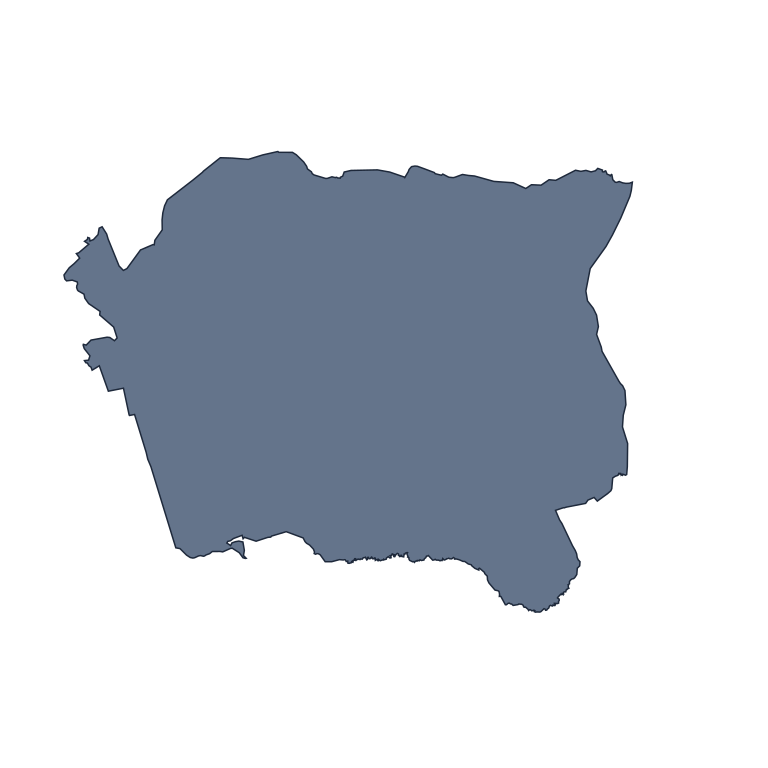 outline of Gaiķu pag., Brocenu, Latvia, rotated 77°
{"feature_id": "27541924B40393158953955", "entity_name": "Gaiķu pag.", "entity_type": "district", "adm_level": 2, "iso_a3": "LVA", "parent_name": "Latvia", "parent_adm1": "Brocenu", "projection": "mercator", "projection_center": [22.579, 56.793], "detail": "fine", "context": "isolated", "style": "filled", "palette": "slate", "viewbox_px": 768, "rotation_deg": 77, "n_neighbors": 0, "source": "geoboundaries", "source_scale": "gbopen_adm2", "svg_char_len": 6167}
<svg xmlns="http://www.w3.org/2000/svg" viewBox="0 0 768 768"><g transform="rotate(77 384 384)"><path d="M218.8,149.3L224.2,170.8L222.1,177.2L225.6,186.2L223.0,195.5L225.4,201.9L217.0,212.8L211.3,231.4L201.7,249.0L199.8,254.8L197.5,260.4L198.5,268.4L198.5,270.1L197.1,274.3L192.7,279.5L193.5,281.1L190.6,286.8L189.3,287.4L183.5,296.1L179.4,302.4L178.6,304.8L178.4,308.0L178.7,308.7L180.6,311.3L182.6,312.6L187.2,317.0L186.9,317.0L186.9,317.7L178.8,330.7L173.9,342.2L168.5,368.1L168.5,375.1L172.2,377.5L172.7,379.9L173.6,380.4L172.7,383.0L172.0,383.5L171.8,384.2L172.0,384.9L170.4,388.1L170.9,393.0L170.6,394.6L164.6,405.1L162.9,406.6L160.9,407.0L157.2,410.2L154.5,410.4L149.6,412.3L140.9,417.9L137.7,421.1L134.6,434.4L133.6,435.1L133.5,450.5L134.6,465.6L129.7,481.2L126.7,492.6L136.0,512.1L136.9,513.3L142.4,524.5L155.8,553.6L161.0,557.7L167.5,561.0L174.1,563.3L183.9,565.4L192.4,574.9L196.7,576.6L196.2,577.7L198.6,591.1L213.7,608.5L214.7,612.4L209.4,615.6L180.7,620.2L175.5,620.5L167.4,623.3L168.1,626.5L174.1,629.0L177.9,634.6L178.5,638.3L175.6,638.1L174.6,639.7L176.4,640.5L177.6,643.7L181.4,640.2L187.5,652.0L187.7,654.4L192.9,652.2L197.2,659.2L199.9,664.5L205.8,671.3L209.9,671.4L212.1,670.1L212.7,664.4L215.6,659.9L217.8,660.1L219.1,661.2L220.9,661.8L223.5,661.5L224.6,660.9L229.0,656.1L233.1,656.2L239.2,653.7L249.4,644.3L252.8,645.5L267.7,634.6L278.6,633.7L279.2,633.8L281.2,636.9L277.0,640.7L276.1,643.3L275.3,659.6L279.1,665.4L277.7,668.0L278.4,668.4L282.1,668.1L290.4,664.2L294.3,666.5L293.8,670.6L296.2,669.8L296.9,668.3L299.8,667.4L301.7,665.7L304.9,665.3L302.2,657.3L329.0,654.2L329.5,638.8L356.8,639.3L357.4,639.1L357.6,633.9L397.1,631.1L404.1,631.1L412.2,629.7L496.8,623.7L498.5,619.8L506.3,614.9L509.5,611.8L510.6,609.4L510.7,607.6L509.8,603.3L509.9,601.4L511.2,598.7L511.2,597.6L510.5,595.7L510.1,592.1L508.6,589.0L510.3,581.4L511.3,578.9L509.7,570.6L509.9,568.8L515.8,563.0L521.6,560.5L522.8,558.3L522.8,557.5L519.5,559.5L514.7,557.5L506.2,557.0L504.4,560.8L504.2,564.2L504.6,567.9L506.9,569.8L503.6,572.9L502.2,571.7L502.2,568.9L500.7,565.5L499.5,556.3L503.1,556.1L502.0,554.5L508.4,544.0L507.3,531.7L507.7,528.8L506.9,527.8L505.9,512.5L515.8,497.4L519.8,496.4L521.7,495.3L524.2,492.7L529.0,489.9L532.1,489.5L533.5,490.2L534.5,488.9L534.2,487.7L534.5,486.3L536.0,484.6L543.9,481.3L545.4,474.9L545.1,466.9L546.3,463.3L546.3,461.9L546.6,461.3L548.5,460.7L548.4,459.2L550.4,459.5L550.9,458.4L550.8,455.9L550.0,455.6L550.7,454.4L549.9,454.0L549.3,454.5L549.0,453.9L549.1,452.4L549.5,451.5L548.8,451.4L548.2,452.3L547.6,451.8L547.8,451.0L549.3,450.4L548.8,449.3L549.1,448.9L548.9,448.0L549.7,446.9L549.2,446.3L549.8,444.5L548.6,443.3L548.8,441.7L548.6,441.1L551.5,440.4L551.3,439.7L549.3,439.0L549.3,438.3L550.9,437.8L551.1,436.8L549.8,435.1L550.3,434.6L551.3,434.8L551.9,434.1L551.8,433.4L552.2,432.6L551.4,432.4L551.7,431.7L553.9,432.1L553.4,430.3L554.9,429.6L554.9,429.1L553.7,428.8L555.4,427.3L555.1,425.2L555.4,424.4L554.7,423.8L555.3,423.4L555.2,421.2L554.1,420.7L553.2,418.7L554.1,418.1L554.4,417.1L554.9,417.2L554.9,416.2L553.3,416.0L552.6,416.5L552.6,415.1L552.2,414.4L551.6,414.5L551.5,413.8L552.3,413.3L552.6,412.5L553.5,413.3L554.4,413.2L554.7,412.4L552.8,410.6L552.0,409.2L552.7,408.2L554.1,408.5L554.5,407.7L555.6,407.7L555.7,406.8L554.7,406.0L554.9,405.5L556.0,405.6L556.9,403.7L554.2,402.6L554.5,401.9L553.6,401.2L553.4,399.4L553.6,399.0L554.8,399.9L557.4,399.4L557.9,399.9L559.1,398.8L560.1,399.1L561.6,398.7L563.7,396.1L563.7,395.1L564.7,394.4L563.7,393.4L563.9,392.4L563.5,391.8L564.0,391.1L563.5,390.6L564.2,389.4L563.4,388.5L564.4,387.3L564.5,384.7L563.4,384.0L562.6,382.3L561.3,381.4L561.4,380.3L561.1,379.4L566.6,376.2L566.7,374.7L566.3,373.6L567.3,372.8L568.0,370.2L568.9,369.2L568.7,368.3L569.1,367.1L567.3,366.0L569.0,365.1L569.1,364.4L568.6,362.4L568.3,362.1L568.5,361.4L568.3,360.0L569.1,359.3L569.6,357.3L568.7,355.3L570.0,354.2L570.5,354.5L570.8,352.8L572.2,350.2L574.6,347.0L575.1,345.2L578.3,342.4L579.8,339.6L580.8,339.4L584.1,336.9L586.6,333.5L585.2,333.2L584.9,332.6L585.3,332.1L590.2,328.5L591.4,328.5L594.5,326.6L598.1,327.2L601.5,326.5L609.8,322.2L611.1,319.4L612.0,318.6L614.8,318.7L616.9,319.4L617.0,318.3L617.4,317.9L626.4,315.4L626.6,314.3L625.6,312.4L625.8,311.0L626.7,310.3L627.1,309.1L628.8,308.0L629.1,303.0L628.7,302.3L629.6,299.3L631.0,298.1L632.4,298.1L633.0,297.7L633.4,296.2L635.9,294.4L637.3,294.0L636.7,292.9L636.8,292.2L638.3,291.0L638.1,288.8L638.7,288.0L639.6,288.8L640.4,287.7L640.5,286.3L641.3,283.4L641.1,282.3L638.9,278.6L639.6,277.7L640.8,277.5L640.9,276.3L640.1,275.5L639.4,273.9L637.5,272.7L637.1,271.6L638.2,270.0L637.4,269.1L638.0,268.6L638.3,267.3L637.5,266.6L636.6,267.5L636.0,267.4L637.0,264.2L636.7,263.1L635.4,263.0L634.4,262.0L633.0,261.7L631.6,263.1L631.2,263.0L628.6,259.1L629.1,258.8L629.1,258.3L628.3,257.7L629.5,256.9L629.0,256.7L629.0,256.2L628.0,256.4L627.3,255.8L627.1,254.7L627.4,253.7L625.4,252.6L625.2,252.3L625.4,251.9L624.9,251.2L624.6,249.8L623.3,250.2L621.5,249.5L621.1,249.8L620.4,248.2L618.3,247.8L616.9,246.3L616.2,244.4L616.3,243.0L615.5,241.6L613.0,239.0L607.0,237.1L605.2,234.2L601.2,233.0L599.0,234.3L596.5,234.8L592.9,234.5L589.2,235.1L584.0,236.7L560.0,242.0L555.9,243.5L545.7,245.3L544.9,236.9L545.2,236.4L545.0,234.0L545.7,214.4L543.0,211.4L541.8,204.8L546.1,202.5L540.9,190.4L539.0,186.9L537.2,185.6L527.0,182.3L525.9,179.3L525.7,177.2L525.2,176.3L525.3,176.0L523.9,175.4L524.3,173.9L524.8,174.2L525.0,173.5L525.4,173.6L525.5,172.5L526.1,172.9L526.0,172.5L526.6,172.2L525.9,171.1L527.2,169.2L526.8,167.9L519.3,165.5L496.8,160.0L479.5,161.3L468.3,157.9L458.7,153.0L444.6,150.7L439.3,151.9L436.8,153.5L434.1,154.5L401.2,164.2L396.9,164.0L383.5,165.7L376.3,162.2L364.7,161.4L357.3,163.1L348.8,167.0L338.8,166.4L317.9,157.1L300.0,136.8L290.2,127.9L275.5,115.9L256.5,102.2L251.1,99.5L243.2,96.6L243.6,99.8L242.9,103.3L241.7,106.2L239.6,109.3L239.9,111.9L239.4,113.3L236.4,115.1L231.3,114.9L231.0,115.2L231.2,115.7L232.1,116.7L230.8,117.7L229.8,119.4L226.3,120.0L226.1,120.5L226.8,121.8L226.6,122.9L226.2,123.4L224.7,123.0L222.0,127.2L223.8,130.0L223.9,134.5L221.3,139.2L221.1,144.3L218.8,149.3Z" fill="#64748b" stroke="#1e293b" stroke-width="1.5"/></g></svg>